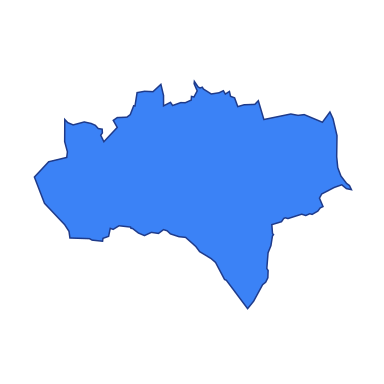 outline of Tallaght South Lea-5, South Dublin, Ireland, rotated 276°
{"feature_id": "5873133B83061459918127", "entity_name": "Tallaght South Lea-5", "entity_type": "district", "adm_level": 2, "iso_a3": "IRL", "parent_name": "Ireland", "parent_adm1": "South Dublin", "projection": "natural_earth1", "projection_center": [-6.402, 53.257], "detail": "fine", "context": "isolated", "style": "filled", "palette": "blue", "viewbox_px": 384, "rotation_deg": 276, "n_neighbors": 0, "source": "geoboundaries", "source_scale": "gbopen_adm2", "svg_char_len": 1682}
<svg xmlns="http://www.w3.org/2000/svg" viewBox="0 0 384 384"><g transform="rotate(276 192 192)"><path d="M190.4,33.7L165.3,46.5L146.2,68.8L140.0,73.8L133.5,75.4L134.9,94.9L133.7,97.7L133.7,108.2L136.6,108.3L139.2,113.7L147.3,114.5L146.6,117.5L150.8,123.0L150.7,134.6L149.5,135.1L149.5,136.7L145.6,143.0L143.7,149.3L147.6,155.8L147.3,163.0L151.6,167.6L150.8,171.4L148.1,174.9L146.2,183.6L146.2,190.4L138.2,201.5L133.5,205.8L127.8,217.9L124.4,222.8L108.4,233.5L107.8,235.4L81.8,259.5L89.8,264.7L107.2,271.9L110.0,274.7L114.6,276.4L121.9,275.9L123.7,274.4L139.5,274.0L146.9,276.1L156.7,276.6L158.1,277.5L159.1,276.4L167.9,274.8L171.8,284.1L175.3,286.0L176.1,287.5L175.6,290.2L181.4,303.4L180.5,307.6L182.7,311.4L182.3,313.8L186.1,319.1L189.6,321.2L191.2,323.8L199.2,319.4L203.6,321.2L211.4,333.0L214.8,340.2L211.5,345.2L211.0,350.3L214.9,347.9L216.7,344.8L223.5,338.4L231.5,334.4L242.2,332.2L263.2,330.3L279.6,324.6L286.0,320.8L275.0,314.4L280.7,295.5L279.3,289.5L279.9,282.1L271.6,255.9L289.7,248.4L285.7,245.3L284.2,234.7L281.7,228.6L290.1,224.5L291.2,220.3L295.9,218.7L292.9,214.9L296.0,212.6L293.5,208.5L291.5,200.9L295.6,192.6L297.3,191.3L296.3,189.1L297.1,187.1L302.2,182.8L299.9,182.8L293.1,186.6L286.7,184.0L287.0,181.5L283.3,181.6L280.1,176.0L279.7,171.4L276.0,163.7L278.9,161.2L274.7,154.7L285.0,153.6L295.8,149.8L287.7,142.7L287.2,134.3L285.1,127.0L271.6,126.3L271.7,125.0L262.5,122.5L259.6,119.4L258.2,109.9L255.0,106.2L248.4,110.9L232.8,99.1L238.9,95.3L241.4,96.7L245.1,96.1L245.3,92.1L248.2,88.9L249.6,84.6L250.4,77.5L246.3,66.8L248.0,61.2L250.8,57.9L228.8,60.1L218.9,63.9L213.3,63.8L207.1,46.3L190.4,33.7Z" fill="#3b82f6" stroke="#1e3a8a" stroke-width="1.5"/></g></svg>